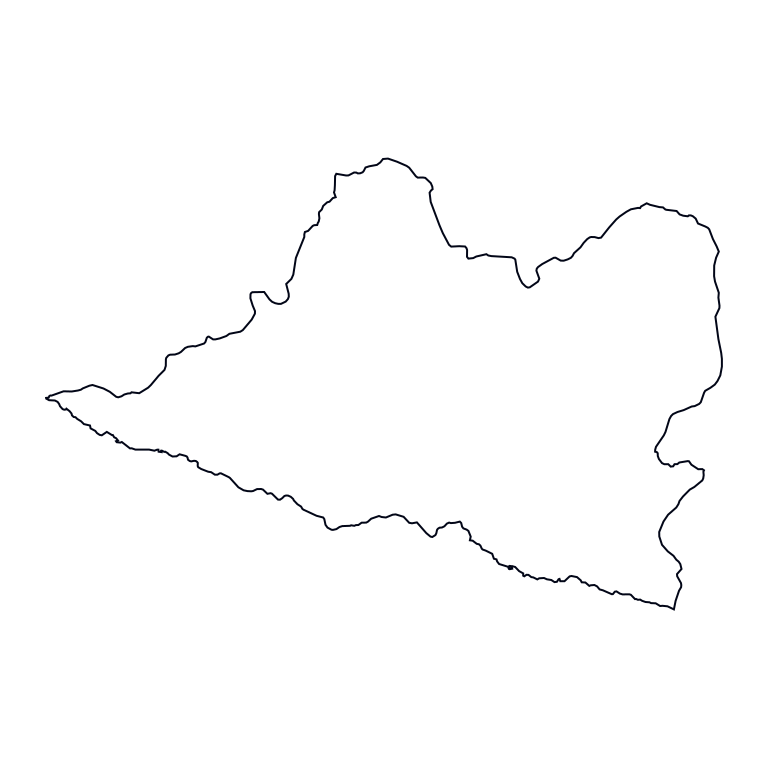 outline of Kutu, Bandundu, Democratic Republic of the Congo
{"feature_id": "63176286B54443714119434", "entity_name": "Kutu", "entity_type": "district", "adm_level": 2, "iso_a3": "COD", "parent_name": "Democratic Republic of the Congo", "parent_adm1": "Bandundu", "projection": "albers", "projection_center": [18.108, -2.975], "detail": "fine", "context": "isolated", "style": "outline", "palette": "ink", "viewbox_px": 768, "rotation_deg": 0, "n_neighbors": 0, "source": "geoboundaries", "source_scale": "gbopen_adm2", "svg_char_len": 6092}
<svg xmlns="http://www.w3.org/2000/svg" viewBox="0 0 768 768"><path d="M660.1,606.0L662.5,605.8L667.5,606.3L673.9,609.4L675.6,600.9L679.0,590.8L681.1,587.2L681.3,585.1L681.0,583.1L677.2,576.3L677.0,574.1L681.5,569.0L680.3,564.1L678.7,561.7L676.3,559.7L673.5,555.8L667.8,551.4L662.0,544.8L659.3,536.5L659.2,532.0L663.5,521.5L668.1,514.7L676.3,507.5L678.4,504.2L679.5,501.0L683.0,496.5L689.8,489.6L694.3,487.0L702.3,480.4L703.2,478.5L703.7,475.2L703.4,471.7L704.0,470.3L702.3,469.1L698.2,469.2L691.4,464.7L689.0,461.3L687.8,461.1L679.3,462.5L677.4,464.1L674.5,464.2L673.2,466.3L670.7,466.6L668.3,464.2L664.3,464.2L662.0,463.1L658.9,459.0L657.8,456.0L657.7,453.2L656.8,452.1L655.1,451.7L655.2,449.7L656.0,446.8L663.8,435.4L665.5,431.9L669.4,419.1L671.1,416.0L673.0,414.1L677.5,412.0L683.7,410.1L691.7,406.5L694.7,406.1L699.2,403.9L700.8,402.2L704.1,392.7L705.2,390.8L710.4,387.8L714.8,384.6L717.5,381.0L720.3,375.4L721.9,366.6L721.9,358.9L721.2,352.9L718.4,339.1L715.4,316.7L719.4,308.1L719.5,305.7L718.4,297.6L718.8,292.8L715.0,281.5L714.1,276.2L714.2,265.5L716.1,257.7L718.8,251.6L716.7,246.5L712.9,239.0L709.2,229.3L707.8,227.8L705.3,226.5L698.0,223.5L695.7,218.6L692.8,216.2L690.8,215.4L688.9,215.4L687.8,216.3L683.2,215.7L679.6,214.4L676.6,211.0L666.5,209.8L665.4,209.5L663.0,207.4L659.4,207.1L650.0,204.8L646.7,203.3L641.0,206.5L640.1,208.1L638.0,207.9L630.9,209.3L626.4,211.8L619.6,216.5L616.2,219.5L609.2,227.4L601.1,237.6L598.5,238.1L594.7,237.1L591.2,237.0L589.7,237.4L587.2,239.1L583.7,242.8L580.5,247.3L574.0,253.2L572.6,255.9L570.9,257.8L567.7,259.4L563.7,260.7L560.7,260.6L555.6,257.7L553.8,257.8L542.3,264.0L538.1,267.0L536.8,268.6L536.4,270.7L539.3,278.7L538.0,281.6L529.8,287.3L527.9,287.6L525.7,286.5L522.3,283.2L520.0,279.0L517.2,271.8L515.3,259.6L514.5,258.6L511.7,257.3L491.4,256.1L488.3,255.5L486.4,254.2L476.3,256.5L473.2,258.1L468.4,258.6L467.0,256.8L467.1,250.0L466.5,248.2L465.1,246.5L459.2,246.2L451.2,246.6L449.0,244.8L442.8,233.1L439.4,225.1L430.7,201.9L429.6,192.7L431.0,190.5L432.6,189.2L432.3,186.6L430.8,183.1L425.3,177.9L422.9,177.5L417.7,177.6L415.9,176.3L409.2,167.7L406.6,165.9L397.0,161.7L388.0,158.6L383.0,159.0L380.3,162.4L376.9,164.9L369.2,166.3L365.5,167.5L363.8,170.9L362.6,172.3L360.1,173.3L357.8,173.4L356.4,172.6L354.1,172.5L348.5,175.4L346.2,175.5L336.3,173.8L335.1,176.1L334.9,185.2L334.6,190.3L334.0,192.4L335.7,197.2L332.8,198.1L329.5,201.7L327.2,202.3L323.2,205.9L321.8,209.5L319.1,212.2L318.9,214.0L319.4,218.3L318.7,221.6L317.9,222.8L317.2,225.0L314.2,225.2L312.7,225.9L308.1,230.9L304.9,232.0L304.3,234.4L304.3,237.0L295.9,257.9L293.3,274.6L291.4,278.9L286.2,284.0L288.7,293.8L288.8,296.7L287.9,299.1L285.7,301.6L280.9,303.9L278.4,303.9L275.2,303.2L272.1,301.8L269.5,299.4L264.2,292.0L252.3,292.2L251.1,293.1L250.5,294.2L250.4,298.3L252.7,305.6L255.0,311.1L254.9,313.7L251.7,319.6L242.8,330.1L240.3,331.7L229.4,333.8L226.4,336.0L219.8,338.4L215.3,339.4L213.1,339.4L208.8,336.6L207.8,336.8L206.8,337.8L205.4,342.0L204.1,343.5L195.4,346.4L192.8,346.1L187.9,346.8L185.1,348.0L181.0,351.9L178.7,353.3L175.0,354.5L170.1,354.7L168.4,355.4L166.3,357.8L165.9,359.2L165.8,365.9L164.5,369.9L158.6,375.8L150.9,385.0L148.1,387.7L139.2,393.2L131.5,392.3L130.5,393.3L127.8,393.5L124.3,394.5L121.5,396.3L118.2,397.3L116.2,396.8L109.8,391.8L103.5,388.5L92.5,385.0L89.4,385.7L82.8,388.4L80.9,389.7L78.0,390.5L71.7,391.5L63.6,391.3L51.5,395.6L50.3,395.5L49.3,396.1L48.7,397.6L46.1,397.9L46.2,398.6L49.1,400.2L54.9,400.5L57.6,401.9L59.2,404.1L60.0,406.2L62.6,409.1L64.2,409.7L65.9,409.5L66.4,408.7L69.6,411.2L71.5,413.5L72.0,415.4L73.7,417.0L75.5,417.2L77.2,418.9L81.1,421.3L83.9,424.1L90.0,425.5L90.6,428.4L95.3,430.9L97.0,433.1L99.7,434.9L101.8,435.3L106.8,431.9L112.0,435.1L112.8,435.0L114.2,437.3L116.1,438.2L117.9,440.4L116.0,441.2L116.7,442.2L120.4,442.6L121.8,442.0L130.0,448.4L131.7,448.3L135.4,449.6L149.1,449.6L154.4,450.7L157.1,449.7L158.4,449.7L158.6,451.7L161.5,452.1L161.2,450.7L161.8,450.6L164.3,451.9L165.2,451.7L167.6,453.1L169.0,454.6L172.5,456.5L176.6,456.3L179.6,454.3L185.2,455.8L186.7,456.4L187.5,457.5L188.0,459.7L189.7,461.0L191.2,461.4L194.0,460.8L195.8,461.0L197.2,462.0L197.8,462.9L197.7,466.0L198.2,467.2L201.2,469.0L208.1,471.7L211.2,472.2L214.9,474.7L217.4,474.7L219.6,473.4L220.9,473.3L228.7,477.1L229.9,477.9L238.4,487.3L243.6,490.3L247.5,491.1L251.3,491.3L253.1,491.0L257.0,489.1L261.1,489.0L263.0,489.6L267.4,493.8L270.6,493.2L272.0,493.7L278.0,499.6L280.0,499.7L282.2,498.2L284.4,496.0L286.1,495.5L288.1,495.6L290.8,496.8L293.1,498.9L293.9,500.5L297.4,504.2L301.1,506.6L302.4,508.9L303.5,509.7L316.6,515.8L323.2,517.5L324.3,519.1L325.5,524.8L327.5,527.6L331.4,529.7L332.9,529.9L336.4,529.1L339.5,527.0L342.3,526.1L350.1,525.8L351.1,525.3L354.3,525.8L355.9,525.1L358.4,525.0L361.6,522.7L366.2,522.6L367.9,521.7L371.2,518.7L379.0,516.0L381.6,517.0L385.9,517.5L392.7,514.7L395.7,514.4L403.6,516.8L409.2,522.8L412.0,523.3L416.9,522.4L426.3,533.1L430.5,536.6L432.3,537.0L435.4,535.1L436.3,533.3L437.0,530.0L437.8,528.8L439.5,527.7L442.0,527.5L444.4,526.3L446.9,523.6L449.1,522.6L450.9,523.1L455.0,522.8L459.8,521.6L461.2,523.0L462.1,526.7L463.4,528.4L466.6,529.6L468.4,530.9L470.7,536.6L469.9,540.3L472.7,540.7L476.7,543.8L479.0,544.3L480.4,545.6L481.8,548.7L482.6,549.5L485.7,550.6L492.2,553.8L493.9,558.7L496.5,559.4L497.1,561.4L499.1,564.0L508.1,566.8L509.6,565.9L510.3,566.0L510.4,566.5L509.5,567.7L508.6,568.2L508.9,568.9L509.6,569.2L512.2,568.7L511.6,566.5L512.0,566.1L515.2,567.0L519.1,571.1L523.2,573.4L523.2,575.7L524.3,576.3L526.5,574.8L528.5,574.9L531.3,577.1L533.3,577.4L537.3,579.4L539.2,578.3L544.0,578.0L546.9,579.3L551.3,580.0L554.5,582.1L556.9,581.8L558.6,579.2L559.5,578.9L560.3,581.2L564.5,581.2L569.6,576.4L571.5,576.0L577.0,577.1L580.7,580.3L581.7,582.3L585.4,582.5L589.3,585.9L590.7,585.3L594.4,585.0L597.1,586.4L599.6,589.4L602.9,590.3L611.8,594.2L612.9,594.1L614.8,591.7L616.5,591.4L619.9,593.6L622.6,594.4L629.3,594.3L630.9,594.8L635.0,599.1L636.1,599.0L637.9,599.8L640.2,599.6L642.1,600.8L645.5,602.0L649.5,602.3L651.0,603.1L655.7,603.3L660.1,606.0Z" fill="none" stroke="#020617" stroke-width="2"/></svg>